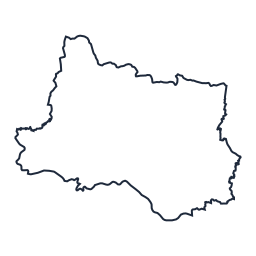 outline of Dong Trieu, Quảng Ninh, Vietnam
{"feature_id": "81297802B3249391660958", "entity_name": "Dong Trieu", "entity_type": "district", "adm_level": 2, "iso_a3": "VNM", "parent_name": "Vietnam", "parent_adm1": "Quảng Ninh", "projection": "orthographic", "projection_center": [106.583, 21.119], "detail": "fine", "context": "isolated", "style": "outline", "palette": "slate", "viewbox_px": 256, "rotation_deg": 0, "n_neighbors": 0, "source": "geoboundaries", "source_scale": "gbopen_adm2", "svg_char_len": 5783}
<svg xmlns="http://www.w3.org/2000/svg" viewBox="0 0 256 256"><path d="M27.9,173.7L28.9,174.0L30.9,174.3L37.8,172.8L44.0,170.5L49.2,170.8L53.9,171.6L55.1,172.3L61.3,176.7L62.6,177.8L63.8,179.3L64.5,180.9L67.2,181.3L69.0,180.2L71.6,179.2L73.3,179.6L74.0,180.1L74.5,180.1L77.1,178.3L77.8,178.3L78.2,179.0L77.3,182.0L77.4,182.7L78.0,183.3L79.4,183.6L79.9,183.9L78.0,185.6L76.5,188.3L76.3,189.5L76.6,190.2L77.0,190.4L77.8,190.2L79.2,189.0L80.1,188.7L81.0,189.0L81.9,189.6L82.8,190.7L83.2,190.6L83.5,190.0L83.3,189.1L83.4,187.7L83.5,187.4L84.4,186.7L85.1,186.8L86.6,188.4L90.2,189.3L90.7,189.2L91.4,189.0L94.0,186.6L94.9,185.1L100.4,183.3L102.1,183.3L106.2,184.6L107.8,184.8L109.5,184.3L112.5,181.9L113.6,181.8L115.7,182.5L118.0,184.4L119.6,184.5L120.3,184.1L122.1,182.1L123.1,181.4L124.8,180.8L125.4,180.8L127.0,181.7L130.7,185.4L135.8,189.3L139.1,192.0L141.7,195.0L145.5,197.1L148.1,198.9L150.2,201.7L151.3,203.6L151.6,204.7L151.7,208.1L152.3,209.9L153.5,211.6L154.8,212.3L157.5,213.0L160.0,215.2L163.1,219.0L164.5,219.9L166.1,220.3L172.2,220.3L176.1,219.4L178.2,218.0L180.9,214.6L183.4,213.6L185.6,213.4L187.0,213.7L192.1,215.5L191.8,210.8L192.0,210.2L192.6,209.5L195.2,209.2L197.0,208.2L198.6,209.6L199.2,209.7L201.7,208.7L204.8,209.6L204.3,207.7L204.5,207.0L205.4,206.2L205.5,205.8L205.2,204.7L205.7,203.1L205.2,202.6L205.3,202.1L206.3,201.9L207.8,202.4L208.5,202.1L211.1,203.1L211.1,201.7L210.9,200.4L211.8,199.4L212.9,199.5L213.9,200.5L214.4,200.6L215.9,200.1L216.3,200.2L216.6,200.7L217.4,201.3L220.1,202.1L220.9,203.6L226.7,203.5L227.5,202.4L227.2,202.0L227.3,201.6L229.8,199.9L231.1,199.6L232.5,198.6L232.8,198.5L233.3,198.9L234.0,199.1L234.0,197.3L233.0,196.4L232.0,194.3L231.4,193.8L231.8,192.2L231.5,190.8L230.3,189.7L229.8,188.8L229.8,188.3L231.1,187.0L231.6,185.4L231.9,183.4L229.3,182.6L229.1,181.8L229.7,181.5L229.4,180.8L229.6,179.6L229.9,179.0L229.8,178.4L230.2,178.1L230.9,178.2L230.8,177.5L231.2,177.4L231.4,176.8L231.8,176.9L232.8,177.9L233.8,177.9L234.4,176.3L233.8,175.9L233.8,175.6L234.3,174.9L234.2,174.5L233.3,173.5L233.3,173.2L234.0,170.9L234.5,170.7L235.4,170.7L235.7,169.8L235.7,167.3L235.2,166.9L235.4,166.0L235.9,165.8L236.1,165.4L235.7,164.2L235.6,163.4L236.0,163.1L237.0,162.9L237.1,163.5L237.9,163.8L238.1,164.4L238.7,164.1L238.4,161.4L238.1,160.7L238.4,160.5L239.1,160.5L239.1,159.6L239.6,158.6L239.6,158.3L240.3,157.8L240.6,157.2L240.3,156.5L239.4,156.3L237.4,155.2L235.7,153.7L232.5,152.1L231.3,150.8L230.0,148.2L227.5,144.4L226.8,142.5L225.9,138.9L225.6,138.8L225.1,139.3L224.8,139.2L224.2,138.5L223.7,138.7L223.2,139.4L223.1,140.3L222.8,140.4L222.1,140.4L220.2,139.8L220.6,137.9L220.4,137.0L220.5,133.6L220.2,132.8L220.4,131.5L220.0,130.2L220.8,129.9L220.9,128.9L219.9,128.3L217.6,129.5L217.4,129.4L217.9,127.7L219.4,125.0L222.2,121.6L222.2,120.9L221.5,119.5L221.7,118.9L222.4,118.6L223.6,119.0L223.8,118.6L223.3,117.0L223.3,116.2L225.4,115.4L226.2,114.4L225.1,113.7L225.2,112.9L225.1,112.3L225.5,110.6L225.4,110.0L224.3,109.7L224.1,109.2L224.6,108.7L224.8,106.4L225.4,105.7L225.4,105.1L226.0,104.2L224.6,103.1L224.4,102.5L224.9,101.6L224.7,100.7L224.9,100.0L224.6,99.5L225.2,98.8L224.9,97.4L226.5,85.8L225.6,85.5L223.9,83.5L223.4,83.3L220.8,83.9L216.5,85.5L213.6,85.0L211.9,85.8L210.9,86.0L210.1,85.2L209.3,83.5L208.5,82.9L206.2,83.2L202.1,83.1L196.4,81.6L193.6,80.5L192.4,80.6L190.4,79.8L188.3,80.1L186.9,79.8L183.9,78.2L183.3,77.7L182.2,75.8L179.7,75.3L178.1,74.3L177.7,74.3L177.0,75.4L175.9,76.1L176.0,76.5L177.1,78.0L177.5,78.8L177.4,81.3L177.2,82.6L176.3,84.3L175.7,84.9L175.1,84.8L173.7,82.7L173.2,82.3L172.4,82.0L170.6,81.8L169.4,81.9L167.9,82.5L166.3,82.6L163.6,82.4L160.7,81.6L159.3,82.2L156.8,82.0L153.1,82.7L152.6,82.4L152.4,81.9L152.1,79.2L151.4,77.2L150.5,75.7L149.6,75.1L147.4,75.0L145.7,75.5L140.4,75.7L137.1,76.3L136.0,76.3L135.8,75.9L135.8,74.4L136.5,73.3L137.5,72.1L137.4,71.3L135.1,67.8L133.9,66.9L132.3,66.7L131.3,65.0L130.7,64.6L128.8,64.1L127.9,64.2L126.0,64.7L124.3,65.7L122.5,66.2L121.0,66.3L118.4,67.5L116.8,67.2L116.4,66.7L115.9,65.2L113.9,63.7L112.4,63.7L111.1,62.6L110.4,62.4L109.2,62.5L103.7,64.2L102.3,65.4L100.9,65.2L99.3,64.6L98.2,63.8L97.9,62.9L97.6,60.7L95.9,57.8L95.3,55.5L93.8,53.6L93.3,52.3L91.0,44.1L89.2,42.5L88.9,40.6L87.5,38.2L85.0,36.7L83.9,36.3L80.2,35.7L78.5,36.0L77.2,36.5L74.5,38.6L72.4,38.6L70.7,39.1L69.0,37.7L65.9,36.6L64.7,40.1L64.3,42.1L64.4,45.9L63.4,47.0L63.0,48.1L64.9,55.0L64.9,56.3L64.5,56.9L60.6,57.8L59.9,58.5L60.8,64.3L61.2,70.8L58.6,72.0L57.6,73.3L56.1,73.8L55.9,74.3L56.1,76.4L55.9,76.9L53.9,80.0L53.6,80.7L55.4,82.8L56.4,86.3L54.8,88.0L53.1,90.3L51.3,91.8L50.4,93.4L50.5,95.7L49.6,96.8L48.7,102.0L47.9,104.7L50.4,105.0L51.1,105.4L51.3,105.9L51.7,108.4L51.6,110.9L49.9,114.0L51.7,116.8L51.6,118.2L51.2,118.8L51.1,119.6L50.9,119.7L50.5,118.9L49.8,118.9L49.2,119.4L49.2,119.7L50.2,120.5L50.0,121.2L49.5,121.4L47.8,121.3L47.3,122.1L46.2,122.6L46.0,123.6L45.6,124.1L44.8,123.3L44.2,123.6L44.0,124.8L43.3,124.4L42.5,124.6L42.4,125.0L43.2,125.2L43.4,125.5L42.7,125.9L42.3,126.8L42.3,127.5L42.0,127.9L40.6,128.6L40.0,128.2L39.3,128.7L36.7,128.7L35.9,129.9L34.8,129.8L33.9,130.2L33.1,130.2L33.3,130.9L31.3,130.3L31.2,129.0L30.8,128.5L30.3,127.1L30.0,127.2L29.6,128.4L28.9,128.9L28.1,128.9L27.3,128.2L25.7,128.1L25.6,128.3L26.2,128.9L26.1,129.2L25.9,129.3L24.6,128.5L22.5,128.7L21.0,128.0L20.6,128.4L20.9,129.5L20.7,129.8L20.2,129.6L19.5,128.7L19.0,128.8L18.5,129.5L17.1,129.0L16.6,131.4L17.4,132.6L17.9,134.5L17.5,135.1L15.5,137.0L15.4,138.2L19.2,143.7L20.2,144.7L24.1,147.0L24.6,147.8L24.7,148.7L24.5,149.8L24.2,150.1L21.3,152.2L20.5,153.2L20.0,154.3L19.2,158.3L18.3,159.5L16.6,161.1L16.4,161.8L16.8,162.9L17.3,163.6L17.9,164.0L20.1,164.7L21.1,165.6L21.4,166.5L21.5,169.3L22.1,170.2L23.6,170.3L27.4,170.1L28.0,170.5L28.3,171.6L27.9,173.7Z" fill="none" stroke="#1e293b" stroke-width="2"/></svg>